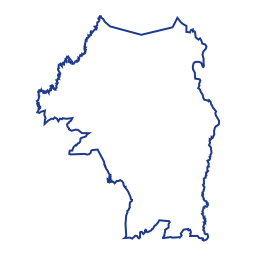 the district of Mocache, Los Rios, Ecuador
{"feature_id": "8360857B55649152040637", "entity_name": "Mocache", "entity_type": "district", "adm_level": 2, "iso_a3": "ECU", "parent_name": "Ecuador", "parent_adm1": "Los Rios", "projection": "equal_earth", "projection_center": [-79.602, -1.198], "detail": "fine", "context": "isolated", "style": "outline", "palette": "blue", "viewbox_px": 256, "rotation_deg": 0, "n_neighbors": 0, "source": "geoboundaries", "source_scale": "gbopen_adm2", "svg_char_len": 5693}
<svg xmlns="http://www.w3.org/2000/svg" viewBox="0 0 256 256"><path d="M37.4,112.3L39.3,112.9L41.2,111.7L44.9,110.6L44.3,114.7L45.6,118.5L44.9,119.6L44.6,124.0L48.2,120.6L51.4,118.7L53.3,119.0L54.7,117.4L57.1,118.8L58.3,121.3L60.1,118.6L62.0,119.2L62.8,118.2L66.2,118.8L72.3,118.1L71.0,120.7L69.2,121.9L69.0,122.7L67.6,123.5L67.0,124.6L67.7,126.9L69.0,128.4L68.9,129.3L71.6,130.8L75.3,129.7L77.8,129.8L82.0,133.1L88.9,133.2L86.9,134.6L85.8,136.5L81.2,138.0L80.5,138.9L80.1,141.6L79.2,142.9L78.0,143.3L76.5,145.3L75.9,144.9L73.6,147.0L72.2,150.6L69.9,150.6L69.5,151.3L69.3,154.0L70.6,154.4L84.9,153.9L87.1,154.6L89.0,154.2L90.7,152.8L91.0,151.1L92.1,150.1L97.6,149.6L103.7,161.0L104.3,162.8L104.3,164.7L105.1,165.2L105.0,166.6L105.8,167.1L105.9,168.4L107.6,170.7L108.8,173.4L110.0,174.8L110.5,174.9L110.4,175.9L109.6,175.2L109.5,176.5L110.0,176.8L109.4,177.1L110.6,178.2L110.7,179.4L109.3,178.6L109.2,180.0L107.7,179.1L107.9,181.2L108.3,180.9L108.3,181.9L109.4,182.5L111.8,181.0L112.1,181.9L113.1,181.7L114.6,183.3L116.7,180.9L118.6,181.0L120.2,180.1L122.1,181.3L123.4,183.2L123.6,185.1L124.7,187.1L125.6,186.8L125.6,188.0L128.0,191.3L130.5,196.9L130.9,199.1L132.0,199.7L131.9,200.8L130.0,202.4L129.6,205.9L129.9,207.5L129.0,208.5L128.8,209.7L127.3,210.9L127.5,212.3L126.2,215.4L125.5,223.9L126.2,235.5L125.7,237.2L124.7,238.0L129.9,237.6L132.1,238.6L135.5,235.7L137.1,236.1L138.5,238.2L139.3,238.3L140.0,237.3L140.1,232.6L140.5,231.9L141.8,231.9L143.3,234.0L144.9,232.4L144.9,230.6L145.4,229.8L146.2,230.1L146.5,231.8L147.8,232.1L151.2,230.4L152.1,229.0L152.9,228.8L154.6,225.7L155.6,225.3L157.9,222.7L159.3,220.3L169.2,221.2L169.7,222.2L168.5,224.3L168.7,227.1L168.3,227.8L165.1,229.8L165.1,231.9L164.4,234.1L164.4,235.3L162.9,237.7L163.1,238.1L171.1,237.0L172.2,237.7L179.1,237.2L179.7,237.6L181.7,235.5L180.8,233.5L183.6,229.6L188.1,229.0L188.1,229.8L188.6,230.3L190.1,229.8L190.8,231.7L190.9,232.7L190.2,233.7L190.5,234.4L190.2,236.0L197.5,235.9L199.3,238.1L202.2,238.3L202.5,239.5L203.0,239.1L203.1,240.1L203.8,240.6L206.2,239.6L207.5,238.4L208.2,236.5L207.4,234.1L205.3,234.1L204.6,233.0L204.4,231.3L203.5,230.3L203.9,228.5L203.5,228.7L203.7,227.8L203.2,226.9L204.4,223.9L205.0,223.7L204.1,222.6L205.1,222.6L205.6,221.1L205.4,220.3L204.7,220.9L205.2,219.0L204.5,218.9L204.5,217.8L203.9,218.5L203.6,218.2L203.4,215.6L201.9,213.8L203.1,212.9L202.4,211.4L203.2,209.5L203.5,207.7L204.3,207.8L204.3,206.6L205.1,206.2L206.8,206.8L207.9,205.2L207.9,203.6L206.9,203.8L206.6,202.7L206.9,202.1L205.7,200.9L204.6,200.7L203.5,199.0L203.8,198.6L203.3,197.3L202.2,195.7L202.3,194.5L202.8,195.3L203.2,194.8L202.7,192.3L203.5,191.4L203.6,189.9L204.0,189.6L204.3,187.6L204.4,186.6L203.4,185.9L203.0,184.8L204.0,183.9L203.8,178.7L204.8,177.8L205.6,177.7L205.7,176.0L206.3,175.6L205.9,175.2L206.2,174.6L206.1,173.4L206.8,172.6L206.4,172.2L208.1,171.0L207.3,170.0L207.4,167.1L208.8,166.6L208.2,165.9L208.8,163.8L207.4,160.7L209.7,159.6L210.0,158.3L209.6,157.0L210.4,156.8L210.5,154.8L211.5,152.9L210.9,147.5L209.0,145.1L210.1,142.7L209.6,141.5L209.7,139.3L210.5,139.8L211.3,138.9L211.5,137.3L212.2,138.1L213.1,137.4L213.3,136.2L214.2,134.7L214.1,131.1L214.8,127.9L216.3,125.9L217.7,125.4L218.9,124.1L219.1,120.8L215.8,115.3L215.3,113.1L216.1,111.5L212.7,107.3L212.2,105.6L211.2,104.4L210.6,101.9L209.0,100.1L208.4,101.2L207.5,100.4L204.3,99.7L203.4,98.0L202.5,94.4L200.9,92.2L199.9,89.5L198.2,88.1L199.5,85.4L199.0,84.2L200.3,80.7L199.7,79.3L195.2,78.6L194.8,72.7L193.0,69.3L192.8,67.0L193.5,63.6L194.6,62.3L195.7,61.9L198.8,61.9L200.7,62.5L201.9,64.2L202.6,66.7L203.1,67.0L203.7,66.5L203.9,65.4L203.5,62.8L203.6,58.6L202.5,54.7L203.3,51.5L205.8,48.7L206.5,46.5L205.0,44.3L202.3,43.6L201.3,40.4L200.0,38.4L198.5,39.6L195.7,37.4L195.0,31.9L194.5,31.4L193.0,31.6L192.9,29.4L191.0,30.0L190.0,32.4L186.4,31.9L186.5,26.0L183.1,24.1L180.7,22.1L177.4,17.8L172.9,26.8L172.2,27.4L141.3,34.8L110.1,26.4L104.7,21.7L103.2,18.9L101.4,17.8L100.5,15.4L100.8,16.9L99.8,16.3L99.4,16.9L99.6,17.6L98.3,18.4L98.6,19.0L99.4,18.9L99.3,20.8L98.5,21.8L97.3,22.4L97.2,25.3L96.5,26.3L94.7,26.6L95.3,27.4L96.8,27.9L96.6,28.6L95.9,28.7L96.1,29.5L94.6,29.6L91.9,32.9L91.6,32.6L91.8,31.5L90.9,31.4L90.6,32.6L91.0,33.3L91.0,34.9L90.1,34.9L89.5,36.3L88.4,35.5L88.5,36.7L87.8,38.2L86.9,38.1L86.7,39.8L86.3,39.2L85.8,39.5L85.4,42.7L84.8,44.0L85.2,44.7L84.9,46.1L84.5,46.3L85.0,47.2L85.7,47.4L85.3,47.9L84.5,47.6L84.4,48.9L85.6,49.5L84.7,50.6L85.0,51.5L85.5,51.2L85.3,52.5L84.6,52.7L84.8,53.4L83.2,54.3L82.2,53.8L82.2,55.0L81.7,55.1L81.6,55.8L80.3,55.1L79.1,58.2L78.7,58.0L79.0,58.9L78.3,59.1L78.9,59.9L78.5,60.7L77.6,61.2L76.8,60.8L76.7,61.8L75.3,61.4L73.6,63.8L72.3,63.8L72.1,61.7L71.6,61.0L70.6,61.8L70.3,62.7L69.4,61.8L68.6,61.8L68.9,59.9L70.2,59.3L68.2,56.6L67.6,57.5L66.9,57.0L66.4,58.9L65.6,59.0L66.4,60.7L66.3,61.8L65.0,60.8L64.2,62.2L64.0,64.6L62.9,64.3L62.6,63.5L61.6,64.9L61.8,66.2L60.8,65.2L60.5,63.7L58.8,64.8L58.5,67.2L58.9,68.2L58.2,68.6L58.0,69.8L60.2,73.4L59.7,75.4L58.7,75.6L58.2,74.6L58.0,74.9L58.1,75.9L59.4,77.0L58.5,78.1L58.9,78.9L57.7,78.7L57.3,80.4L56.5,80.4L57.7,82.7L56.3,83.4L57.1,84.2L56.2,85.4L56.6,87.6L55.9,88.4L54.8,88.4L55.4,89.7L54.7,89.7L53.9,88.8L52.9,86.4L53.0,85.8L52.3,85.2L50.5,86.1L51.7,88.2L51.4,89.1L50.9,88.2L50.3,88.6L50.5,90.2L49.5,90.3L49.4,91.6L49.0,92.1L48.6,91.7L48.6,92.6L47.3,90.5L45.8,92.9L45.0,92.4L45.0,91.4L43.8,91.2L43.9,92.9L43.1,92.7L43.5,91.7L42.9,90.7L41.6,91.0L41.2,89.7L40.5,91.1L39.3,90.2L38.9,90.4L38.8,91.1L39.2,91.2L39.2,91.7L38.2,92.0L38.8,94.0L38.6,95.6L39.3,96.1L38.3,100.0L36.9,101.0L37.7,102.3L37.1,103.5L37.6,105.2L38.8,103.7L39.1,105.5L38.8,107.3L40.2,106.9L40.3,107.6L39.6,108.7L38.6,109.2L38.7,109.7L37.4,112.3Z" fill="none" stroke="#1e3a8a" stroke-width="2"/></svg>